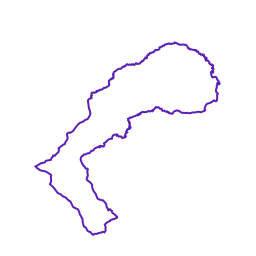 outline of Carepa, Antioquia, Colombia, rotated 130°
{"feature_id": "7082276B33450375559430", "entity_name": "Carepa", "entity_type": "district", "adm_level": 2, "iso_a3": "COL", "parent_name": "Colombia", "parent_adm1": "Antioquia", "projection": "mercator", "projection_center": [-76.684, 7.798], "detail": "fine", "context": "isolated", "style": "outline", "palette": "violet", "viewbox_px": 256, "rotation_deg": 130, "n_neighbors": 0, "source": "geoboundaries", "source_scale": "gbopen_adm2", "svg_char_len": 5837}
<svg xmlns="http://www.w3.org/2000/svg" viewBox="0 0 256 256"><g transform="rotate(130 128 128)"><path d="M216.9,174.1L217.2,172.3L216.8,168.0L215.9,166.1L215.1,165.0L214.1,162.6L213.4,157.7L213.5,156.6L215.7,155.2L216.4,154.2L218.6,152.4L221.2,151.7L221.5,146.3L223.0,140.0L222.1,137.2L222.1,133.3L221.3,131.3L221.7,126.3L221.2,125.1L223.7,119.5L223.6,118.1L222.5,114.3L223.3,111.9L225.0,109.6L226.1,106.3L226.7,105.7L226.9,104.3L228.8,102.7L231.5,99.1L231.8,98.3L231.4,97.6L231.5,95.7L232.7,93.3L232.6,91.4L231.9,90.1L232.3,87.8L232.3,86.0L230.7,85.6L228.6,83.4L227.6,83.2L225.1,81.1L223.6,80.5L223.1,79.0L221.8,79.0L220.5,79.5L219.8,80.5L219.0,80.8L217.8,82.1L217.0,83.6L216.7,83.7L214.2,83.4L212.2,82.8L211.2,82.0L209.8,82.2L204.4,78.9L203.6,78.8L203.1,79.2L202.8,82.4L203.0,85.4L202.5,86.6L201.8,87.1L202.1,87.8L201.7,89.3L202.0,89.8L203.6,90.0L203.7,90.4L202.8,91.6L202.4,93.3L200.2,96.0L199.4,100.5L200.2,101.5L200.3,102.3L201.4,104.3L201.6,105.5L201.4,106.6L199.5,109.9L198.9,111.5L198.6,113.4L197.0,116.6L194.4,119.3L193.9,122.5L194.2,125.4L194.0,126.5L192.4,127.6L190.4,128.0L187.3,131.4L185.6,132.1L185.2,132.9L186.0,133.9L186.2,134.7L185.5,136.1L185.5,138.0L185.0,139.0L184.7,140.4L182.8,143.8L181.7,144.7L180.4,145.1L178.9,145.2L178.0,144.7L176.7,144.8L176.2,144.0L175.4,143.5L174.2,143.2L171.9,141.3L169.2,141.4L167.7,140.2L167.0,140.1L166.2,140.4L165.0,140.3L161.7,138.7L161.3,138.0L160.2,138.2L160.0,137.9L160.2,137.7L159.8,137.7L159.9,137.2L159.4,137.3L159.1,137.0L159.1,136.7L158.7,136.6L158.1,134.9L157.8,134.7L155.9,135.2L155.1,136.6L153.0,135.9L150.7,135.8L148.9,135.4L148.0,134.9L147.0,134.1L146.7,133.5L143.7,134.7L142.1,134.4L139.9,132.1L140.0,131.7L141.1,131.9L141.2,131.6L140.3,130.9L140.5,129.5L139.7,129.0L139.5,128.3L138.8,127.6L139.4,126.6L139.1,125.7L136.8,124.1L136.4,124.2L137.2,124.8L137.0,125.1L133.9,126.1L132.2,125.9L132.5,126.6L132.1,127.1L130.3,127.1L129.8,127.7L129.5,127.7L128.3,126.6L127.9,127.3L127.2,127.3L126.9,126.7L126.5,127.2L126.5,126.2L126.2,126.2L126.1,126.7L125.6,126.9L125.5,127.7L124.1,128.9L123.7,129.9L123.1,129.9L123.2,130.6L122.6,130.7L122.2,131.4L122.2,132.7L121.1,133.2L121.2,133.5L120.9,133.9L119.5,133.2L118.8,133.2L118.6,133.0L118.9,132.9L118.1,132.2L116.2,131.5L114.7,130.4L112.8,129.7L112.4,129.2L111.8,129.2L111.7,128.4L111.1,128.2L111.2,128.8L110.6,128.9L110.2,128.0L109.7,128.2L109.2,127.7L108.8,128.2L108.0,128.0L107.5,127.5L106.4,127.4L105.5,125.7L103.2,123.7L101.7,123.2L101.6,122.6L100.8,121.4L99.6,121.1L99.5,120.2L98.8,120.3L98.8,120.0L98.4,120.0L97.7,120.5L97.1,120.0L94.0,120.1L93.6,119.5L93.6,118.7L92.5,118.0L92.7,116.0L91.7,114.7L92.3,114.0L92.6,112.4L91.4,111.5L91.3,109.8L90.8,109.0L90.2,108.8L90.1,108.2L90.4,107.9L90.0,107.4L90.3,106.6L89.7,106.2L89.8,105.3L89.2,104.4L89.0,103.5L87.6,103.0L86.6,103.4L85.9,103.4L83.3,102.0L82.0,99.8L82.1,98.5L81.4,95.8L80.8,95.4L79.4,93.4L78.3,92.4L77.1,90.2L74.4,88.4L73.6,87.2L70.5,84.7L68.8,82.0L67.2,81.4L65.9,80.3L65.0,80.6L64.5,80.5L64.1,81.6L63.0,82.3L60.3,83.0L58.7,83.0L54.9,80.7L51.6,79.9L51.3,79.4L51.3,78.3L50.9,77.7L50.1,77.6L49.4,77.8L46.2,80.2L45.5,81.0L44.2,81.1L43.8,81.3L43.8,83.4L42.1,85.3L40.0,85.9L39.0,87.0L37.6,87.3L36.4,88.4L35.9,88.3L36.1,86.5L35.7,86.2L35.0,86.4L33.9,88.9L33.6,90.6L32.4,92.9L32.6,93.9L35.0,96.0L34.0,98.1L32.9,99.0L32.3,100.1L31.4,100.4L31.1,100.3L31.2,98.8L30.8,98.5L30.2,98.6L29.5,100.2L28.3,100.2L27.8,100.6L28.3,101.7L28.1,102.3L26.7,102.1L26.0,102.8L25.6,102.8L25.4,103.0L25.3,104.1L26.2,104.7L25.9,105.2L26.4,106.7L26.2,107.4L25.4,107.8L25.0,110.0L25.8,110.9L26.2,111.7L26.0,111.9L24.9,111.8L23.8,113.0L23.9,113.5L25.0,113.6L24.4,114.3L24.4,115.9L23.3,116.6L23.7,117.6L24.1,117.8L23.8,118.1L24.2,118.3L24.1,118.7L24.5,119.2L25.0,119.4L24.7,120.6L25.4,121.2L24.4,123.7L24.5,123.9L24.9,123.7L25.2,124.4L24.6,125.4L24.8,126.1L25.4,126.2L25.3,127.0L26.1,127.9L26.9,129.8L28.1,131.4L28.0,131.8L27.6,131.9L28.2,133.3L27.4,134.7L27.0,137.2L28.1,138.3L28.7,139.7L30.0,140.5L30.2,141.2L30.9,141.8L31.0,142.6L31.7,143.6L31.6,145.3L32.2,146.0L32.5,147.2L33.3,147.1L35.0,148.4L35.7,148.6L36.1,149.6L36.8,150.0L36.8,150.7L37.3,151.4L38.6,151.9L39.0,152.5L40.2,153.0L40.5,153.4L41.8,153.3L42.6,154.4L43.7,154.3L46.2,155.7L47.0,154.8L48.4,154.9L49.6,156.1L50.1,156.2L50.4,157.0L51.4,157.4L52.6,156.9L53.1,157.3L54.2,157.6L54.4,158.0L56.0,158.7L56.7,159.5L57.8,159.0L58.6,159.7L58.8,159.3L60.0,159.8L60.7,159.7L61.3,159.0L61.8,158.9L62.3,159.0L62.6,159.4L62.7,158.9L63.5,159.5L65.5,159.9L66.6,159.4L67.8,160.3L68.2,160.1L69.2,160.2L69.7,160.7L70.7,160.4L71.4,160.5L73.2,162.4L73.0,162.8L73.4,162.9L73.6,163.6L75.4,163.6L75.8,163.9L75.7,164.5L76.1,164.5L76.5,165.0L76.6,166.0L78.0,166.5L78.4,167.7L79.5,168.4L79.7,169.7L81.7,170.0L82.3,169.9L82.6,170.3L83.6,170.4L83.7,170.9L85.2,171.6L86.7,171.4L87.4,171.7L88.6,173.1L89.7,173.6L91.8,174.0L94.0,174.7L94.7,174.7L95.1,174.3L96.4,174.0L96.4,173.4L97.6,173.0L97.8,172.2L99.0,171.3L99.7,171.4L99.8,172.1L100.8,172.5L101.3,172.0L102.6,172.9L104.3,172.9L105.4,171.6L106.0,171.4L106.8,170.2L107.2,170.3L108.0,169.9L111.9,171.2L112.5,172.2L115.4,172.7L116.6,174.0L117.2,173.9L118.3,174.8L119.0,174.7L119.8,175.8L120.0,175.8L120.4,175.2L120.9,175.2L121.7,176.1L122.7,176.3L123.1,177.4L124.4,178.4L125.3,178.0L126.4,176.5L127.2,176.9L127.8,176.5L128.4,175.2L131.1,176.5L132.7,176.4L138.1,170.5L138.9,168.9L141.1,166.1L142.4,165.4L146.5,164.7L148.1,165.1L149.4,166.0L152.0,166.5L155.2,168.2L158.3,168.6L166.0,168.2L168.9,169.2L169.4,170.3L169.9,170.6L171.6,171.0L173.2,169.4L174.4,167.8L175.8,167.2L179.4,166.8L180.4,166.1L181.1,166.1L182.0,166.8L183.4,167.0L184.9,167.6L186.9,167.7L187.7,168.2L188.2,168.1L188.9,167.0L191.2,165.8L193.9,166.2L196.3,166.2L197.1,167.7L197.7,167.6L198.4,167.1L199.9,167.4L202.0,166.6L205.8,169.8L207.6,169.7L208.4,170.0L211.2,172.2L215.4,173.4L216.9,174.1Z" fill="none" stroke="#5b21b6" stroke-width="2"/></g></svg>